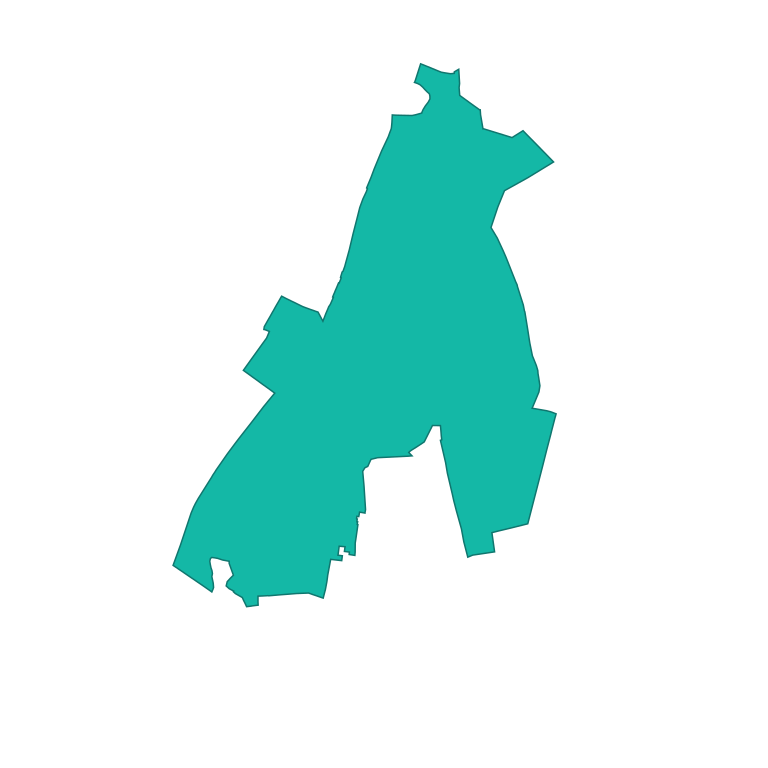 outline of Dobele, Dobele, Latvia, rotated 45°
{"feature_id": "27541924B14429265035734", "entity_name": "Dobele", "entity_type": "district", "adm_level": 2, "iso_a3": "LVA", "parent_name": "Latvia", "parent_adm1": "Dobele", "projection": "albers", "projection_center": [23.281, 56.623], "detail": "fine", "context": "isolated", "style": "filled", "palette": "teal", "viewbox_px": 768, "rotation_deg": 45, "n_neighbors": 0, "source": "geoboundaries", "source_scale": "gbopen_adm2", "svg_char_len": 4358}
<svg xmlns="http://www.w3.org/2000/svg" viewBox="0 0 768 768"><g transform="rotate(45 384 384)"><path d="M567.7,442.3L580.9,424.5L565.4,412.8L567.4,409.5L568.5,407.6L575.8,395.7L584.5,381.2L555.0,331.2L545.5,315.3L537.6,301.8L535.6,298.5L528.3,286.1L528.2,285.8L526.8,283.4L522.5,285.3L520.9,286.1L517.9,287.9L508.1,294.8L505.9,296.4L499.2,280.1L495.5,275.0L488.6,269.9L485.5,267.7L483.2,265.7L478.6,263.2L471.1,260.0L469.8,259.5L469.5,259.3L469.2,259.2L468.8,259.0L458.1,251.9L447.3,244.0L432.6,233.4L431.6,233.0L426.6,229.6L417.3,224.8L409.6,220.8L408.4,220.0L407.9,219.7L404.6,218.5L402.6,217.6L396.8,215.1L385.5,210.2L380.6,208.1L374.0,205.5L360.9,200.7L349.0,197.7L339.3,178.3L332.5,162.1L339.9,136.1L343.1,122.8L346.9,107.1L323.8,106.8L309.6,106.7L303.2,106.6L300.3,119.2L274.0,133.1L273.6,133.6L263.0,126.1L262.1,125.5L258.2,122.1L257.9,122.5L246.9,124.3L233.5,126.4L227.5,121.3L225.0,118.1L214.3,108.6L213.0,113.6L214.0,114.7L211.6,117.6L209.7,119.0L206.8,121.1L203.9,123.1L186.7,130.3L183.5,131.7L191.3,146.8L191.9,148.1L192.1,148.4L192.3,149.2L195.2,147.8L197.9,146.9L201.6,146.7L204.6,146.9L208.2,146.9L210.8,146.7L212.8,147.9L214.9,149.9L216.0,153.5L216.6,158.1L217.6,162.3L218.8,165.3L219.1,165.7L218.4,167.0L215.9,171.4L214.0,174.3L206.2,181.8L201.9,185.9L199.6,187.9L204.8,193.6L207.6,197.0L208.7,198.5L210.3,202.1L211.8,205.3L212.3,206.4L217.5,220.9L225.0,238.9L228.7,247.0L233.1,257.7L234.1,257.6L235.6,260.7L238.2,268.0L240.7,273.4L242.1,276.4L243.9,279.4L248.5,287.1L255.9,299.6L264.6,313.7L270.9,324.8L273.1,328.6L275.3,333.3L275.2,334.2L275.2,334.4L277.3,338.3L278.0,339.5L278.7,339.2L279.8,341.7L280.9,344.5L280.4,344.7L281.7,347.8L283.2,351.5L283.3,351.9L284.7,355.1L284.9,355.8L286.2,358.8L286.9,358.5L288.0,361.2L289.7,365.6L290.3,368.6L290.9,369.9L293.1,375.4L295.7,381.2L296.4,382.8L286.5,379.8L284.1,381.0L281.9,382.0L279.1,383.4L278.2,383.8L277.1,384.3L275.0,385.3L271.9,386.7L270.2,387.3L265.8,388.8L263.1,389.7L259.5,391.0L258.2,391.4L256.8,391.9L254.2,392.8L251.6,393.6L249.5,394.3L251.5,401.6L251.9,403.2L252.7,406.2L253.9,410.3L254.4,412.3L255.7,416.8L256.2,418.7L257.0,421.7L257.8,424.5L258.8,428.1L260.5,430.4L261.5,429.7L265.8,427.9L267.1,431.1L268.5,434.5L269.6,441.5L272.0,456.2L272.9,461.8L274.9,473.8L298.8,470.0L304.2,469.1L313.2,467.7L314.2,478.5L314.4,480.1L314.9,485.4L315.0,486.0L317.7,506.7L319.9,524.8L320.7,530.8L322.6,543.9L323.3,547.9L324.1,552.3L326.1,563.5L326.7,566.0L327.4,569.6L328.0,571.7L329.5,578.3L333.6,596.3L335.2,602.0L336.5,605.8L338.9,611.7L339.7,613.3L339.9,613.7L354.0,641.9L363.1,661.4L366.1,660.8L398.4,654.7L408.0,653.0L408.7,652.9L409.3,652.8L408.0,649.6L407.7,649.1L407.4,648.4L404.1,645.6L398.4,641.9L396.8,639.4L394.3,637.6L391.6,636.3L388.6,634.3L386.1,632.5L384.7,630.2L384.8,628.5L387.1,626.7L389.7,624.9L394.3,622.6L399.9,618.8L401.3,620.3L412.7,625.7L412.7,630.0L412.9,634.6L415.2,638.4L419.3,638.2L424.2,636.7L424.4,637.4L427.1,637.3L434.7,635.2L435.1,635.3L438.0,636.4L441.3,637.5L444.3,638.6L447.2,634.9L448.0,633.7L450.9,630.0L451.4,629.4L449.0,627.2L444.9,623.1L447.7,620.1L451.1,616.3L451.4,615.9L452.3,615.2L459.8,606.3L464.6,600.7L470.3,594.0L477.6,586.1L478.4,585.2L481.5,583.7L482.4,583.3L486.0,581.5L490.6,579.3L492.4,578.4L488.5,571.8L488.2,571.2L483.4,564.2L480.9,560.9L479.4,559.0L470.3,545.7L479.0,538.8L478.4,538.0L476.0,534.9L472.5,537.6L471.4,536.1L467.7,531.3L467.0,530.4L470.6,527.4L471.5,526.6L474.4,530.4L478.4,527.3L479.9,529.2L484.6,525.8L482.4,523.2L476.1,516.8L473.7,513.5L465.0,501.9L464.4,502.3L464.0,501.8L463.6,501.2L463.2,500.7L462.8,500.1L462.6,500.3L462.2,500.6L461.8,500.1L461.4,499.5L461.0,499.0L460.6,498.4L460.4,498.6L460.1,498.8L459.6,498.4L458.8,497.3L458.4,496.7L458.7,496.5L459.1,496.2L459.5,495.9L459.9,495.6L459.3,494.7L458.7,493.8L458.2,493.2L457.8,492.5L457.3,491.9L460.4,489.7L460.8,489.4L461.2,489.2L461.6,488.8L461.8,488.7L461.3,488.1L460.9,487.5L460.5,486.9L459.7,485.8L441.7,470.0L430.7,460.8L429.7,456.7L430.8,453.8L430.2,452.2L428.5,447.7L428.1,446.4L431.6,440.6L452.0,418.1L454.6,415.0L449.9,414.9L449.9,413.4L450.2,411.5L451.9,403.9L453.4,396.5L448.3,381.1L447.6,379.1L453.3,373.5L456.8,376.4L461.1,380.1L464.3,382.6L463.7,383.9L483.1,396.0L491.8,402.2L509.6,413.2L515.7,417.1L524.7,422.4L535.7,428.6L541.2,431.7L545.7,434.8L552.1,439.2L565.7,447.2L567.7,442.3Z" fill="#14b8a6" stroke="#0f766e" stroke-width="1.5"/></g></svg>